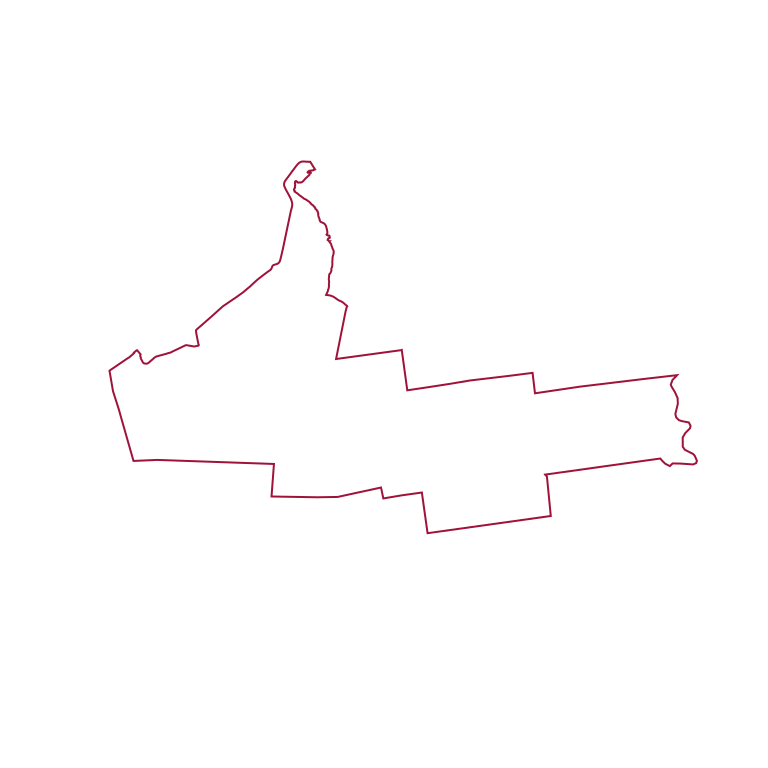 Suhaia, Teleorman, Romania (Albers equal-area conic projection), rotated 58°
{"feature_id": "2599482B91866656002466", "entity_name": "Suhaia", "entity_type": "district", "adm_level": 2, "iso_a3": "ROU", "parent_name": "Romania", "parent_adm1": "Teleorman", "projection": "albers", "projection_center": [25.195, 43.756], "detail": "fine", "context": "isolated", "style": "outline", "palette": "rose", "viewbox_px": 768, "rotation_deg": 58, "n_neighbors": 0, "source": "geoboundaries", "source_scale": "gbopen_adm2", "svg_char_len": 6033}
<svg xmlns="http://www.w3.org/2000/svg" viewBox="0 0 768 768"><g transform="rotate(58 384 384)"><path d="M584.3,312.5L548.9,294.9L548.1,294.9L546.9,295.2L546.4,295.4L546.2,295.4L593.6,189.2L596.3,188.8L600.5,187.8L605.1,185.1L604.3,181.4L608.2,175.3L616.0,164.5L616.5,161.2L614.9,159.3L609.5,158.5L607.2,158.9L599.3,163.7L595.6,163.9L587.6,159.0L585.3,154.6L583.7,148.0L582.0,146.2L578.1,145.9L573.3,151.1L570.9,153.1L567.1,153.9L563.8,152.8L556.5,145.3L551.6,142.5L545.1,141.6L538.5,141.5L536.5,141.1L533.4,137.1L532.4,132.8L531.8,130.8L517.8,160.2L490.1,219.2L471.9,260.9L453.3,252.1L443.2,274.0L426.6,309.2L418.3,329.2L410.0,348.5L401.7,367.6L364.5,350.9L364.4,351.5L337.4,411.4L302.4,378.4L299.4,375.3L299.0,374.8L298.6,374.0L298.2,374.0L295.2,375.0L294.4,375.2L293.7,375.4L293.2,375.6L292.6,375.8L290.8,376.8L289.8,377.6L289.0,378.1L286.6,379.2L285.4,379.6L283.0,380.8L282.5,381.1L281.6,381.8L280.8,382.4L280.3,382.9L279.9,383.3L278.7,384.7L278.3,385.4L277.8,385.9L275.7,382.7L275.3,382.3L274.3,381.3L273.9,380.6L273.4,380.1L273.0,379.8L272.8,379.6L272.2,379.1L271.6,378.6L270.8,378.2L270.4,378.0L270.0,377.7L269.3,377.2L268.5,376.5L267.1,375.8L266.1,375.4L265.3,374.9L263.9,373.7L263.4,373.4L262.6,372.8L261.9,372.2L261.6,370.9L261.4,370.5L260.7,369.5L260.4,369.0L260.1,368.7L259.8,368.4L259.2,368.1L258.9,367.9L258.4,367.6L257.7,366.7L257.3,366.1L257.1,365.9L256.6,365.5L256.0,365.0L255.4,364.5L252.2,362.6L251.2,361.7L250.6,361.4L249.5,360.6L248.6,359.8L248.1,359.2L247.4,358.4L246.9,357.9L246.2,357.3L245.2,356.5L244.3,356.2L243.5,356.0L241.6,355.8L240.3,355.4L239.6,355.3L239.0,355.3L238.6,355.2L237.8,354.8L237.4,354.7L236.4,354.7L235.3,354.9L234.9,354.8L234.5,354.8L234.3,354.8L234.2,354.5L234.0,354.9L233.9,355.0L233.2,355.0L232.8,355.0L232.5,355.3L232.2,355.3L231.9,355.2L231.8,355.3L231.7,355.2L231.4,354.8L231.1,354.2L231.0,353.9L231.0,353.6L231.1,353.4L231.3,353.0L231.2,352.5L231.2,352.4L229.3,351.7L229.1,351.8L228.7,352.5L228.3,352.8L227.9,353.0L227.4,353.1L227.3,353.5L226.8,353.5L226.7,353.0L226.4,352.5L225.9,352.0L225.3,351.6L224.7,351.3L223.0,350.7L222.0,350.2L220.7,350.0L219.9,349.6L219.6,349.5L218.7,349.4L217.6,349.5L216.5,349.6L216.0,349.8L215.6,350.0L213.1,351.7L212.7,351.9L212.2,351.9L211.1,351.8L210.8,351.7L210.5,351.4L209.5,351.2L207.9,350.9L207.6,350.8L206.9,350.7L206.6,350.6L205.8,350.2L205.4,350.0L205.1,349.7L204.6,349.6L204.2,349.2L203.8,349.1L202.7,349.0L202.4,348.8L202.1,348.7L201.9,348.8L201.6,349.0L201.4,349.0L200.9,348.9L200.5,348.9L200.2,348.9L199.2,349.4L198.9,349.4L198.4,349.1L198.1,349.0L197.6,349.0L197.1,349.1L196.8,349.1L196.4,349.4L196.1,349.5L195.9,349.5L195.5,349.4L194.9,349.5L194.6,349.6L193.4,350.2L192.9,350.4L192.2,350.3L191.8,350.5L191.5,350.6L191.1,350.5L190.7,350.6L190.3,350.7L189.2,351.1L188.8,351.3L188.4,351.5L187.8,351.7L185.9,352.6L185.4,353.0L185.0,353.3L184.0,353.8L183.4,353.9L181.5,354.7L180.9,354.9L180.5,355.1L179.5,355.5L179.0,355.7L177.3,356.2L176.4,356.5L174.3,357.5L173.6,357.5L173.4,357.7L173.2,357.4L173.0,357.5L172.5,357.5L172.4,357.5L171.8,357.5L171.6,357.4L171.3,357.2L171.1,356.8L170.7,356.5L170.7,356.3L170.6,355.9L170.4,355.5L170.1,355.3L169.7,355.2L169.3,354.9L169.1,354.6L168.7,354.4L168.6,354.2L168.3,354.1L167.9,353.7L167.2,353.4L166.6,353.2L165.9,352.7L165.6,352.4L165.3,352.2L165.2,351.8L165.1,351.5L165.1,351.3L165.3,351.0L165.4,350.9L165.6,350.9L166.4,350.7L166.6,350.5L166.9,350.4L167.3,350.5L167.6,350.1L168.0,349.7L168.2,349.2L168.4,348.5L168.5,348.4L168.9,347.9L169.1,347.8L169.1,347.7L169.3,346.4L169.3,345.9L169.2,345.4L169.0,344.8L168.9,344.2L168.4,342.7L168.2,341.8L167.9,340.7L167.9,340.2L167.5,338.8L167.3,337.1L167.2,336.6L166.7,336.1L166.4,335.5L166.3,335.2L166.3,334.3L166.2,334.1L165.7,334.1L165.4,334.2L165.2,334.5L164.9,334.9L164.7,335.4L164.6,336.4L164.5,336.6L164.1,336.6L163.9,336.6L163.8,336.4L163.7,335.7L163.6,335.1L163.6,334.5L163.7,334.2L164.1,333.4L164.2,333.1L164.3,332.8L164.6,332.1L165.0,331.5L165.2,331.1L165.2,330.8L165.1,330.3L165.2,330.1L165.3,329.9L165.5,328.8L156.5,328.8L154.7,331.5L153.9,332.6L152.8,334.1L152.1,335.3L151.8,335.9L151.5,337.3L151.5,338.2L151.5,339.1L151.9,340.8L152.5,342.7L155.5,350.5L156.2,352.1L158.6,358.3L159.0,359.3L159.3,360.1L159.7,360.9L160.5,361.9L161.1,362.5L161.7,363.0L162.5,363.4L163.0,363.6L163.9,363.8L164.8,363.9L167.1,364.2L172.9,364.5L177.7,364.9L178.3,365.0L180.0,365.4L181.1,365.8L182.1,366.1L182.7,366.4L183.5,366.9L184.8,368.0L186.0,369.2L186.7,370.0L186.9,370.2L187.6,371.0L193.2,376.4L211.4,393.9L215.7,398.0L217.3,399.6L218.1,400.5L219.1,401.4L223.5,405.9L224.7,407.3L225.3,408.4L225.6,409.7L225.6,410.4L225.4,411.6L224.7,414.1L224.6,414.6L224.6,415.0L224.8,416.0L225.5,417.0L226.5,418.4L227.0,419.4L227.2,422.4L227.2,423.0L227.6,427.8L228.1,432.8L228.4,435.7L229.2,440.3L230.0,444.3L230.3,445.7L231.0,451.1L231.6,455.0L232.2,464.7L232.3,468.8L232.5,474.0L232.6,475.0L232.6,476.8L232.7,479.2L233.5,484.0L233.6,484.5L234.2,487.9L235.7,496.7L237.1,505.3L238.3,512.8L238.6,514.5L239.0,515.1L240.8,516.0L241.5,516.3L246.9,518.4L251.2,520.0L252.0,520.3L252.3,520.3L252.6,520.3L252.9,520.6L253.1,520.8L253.1,521.0L252.8,522.0L252.0,524.1L251.7,524.9L251.3,525.5L248.3,528.8L246.7,530.6L246.4,531.0L246.1,531.5L246.0,531.8L245.4,537.2L244.3,546.9L244.3,547.8L244.3,548.2L244.2,548.4L243.6,550.2L243.1,552.2L242.6,554.0L240.8,559.9L240.2,562.0L240.0,562.6L240.0,563.7L240.0,564.7L240.4,566.8L240.8,569.6L241.3,572.4L241.3,573.1L241.2,573.7L241.0,574.3L240.8,574.9L240.4,575.4L240.1,575.8L239.8,576.1L239.3,576.6L239.0,576.7L238.0,577.0L237.5,577.0L236.4,576.9L233.3,576.7L232.6,576.1L231.8,576.0L231.0,575.9L230.5,575.5L230.4,575.3L230.2,575.0L229.9,574.7L229.4,574.8L225.1,575.4L224.5,575.5L224.4,575.7L224.4,576.1L224.9,579.6L225.4,579.7L225.8,581.8L226.0,583.6L226.1,584.5L226.5,586.1L226.4,586.5L226.3,586.8L227.2,609.7L246.4,617.6L265.6,622.5L274.8,625.2L316.5,637.2L328.3,616.4L393.5,519.7L419.8,539.0L444.7,500.6L455.2,483.2L470.2,441.4L480.7,445.2L487.8,428.0L496.1,409.4L533.6,426.1L584.3,312.5Z" fill="none" stroke="#9f1239" stroke-width="2"/></g></svg>